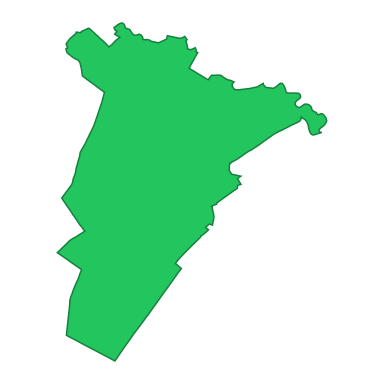 Uliesti, Dâmbovita, Romania (Robinson projection)
{"feature_id": "2599482B47598366841918", "entity_name": "Uliesti", "entity_type": "district", "adm_level": 2, "iso_a3": "ROU", "parent_name": "Romania", "parent_adm1": "Dâmbovita", "projection": "robinson", "projection_center": [25.414, 44.587], "detail": "fine", "context": "isolated", "style": "filled", "palette": "green", "viewbox_px": 384, "rotation_deg": 0, "n_neighbors": 0, "source": "geoboundaries", "source_scale": "gbopen_adm2", "svg_char_len": 5626}
<svg xmlns="http://www.w3.org/2000/svg" viewBox="0 0 384 384"><path d="M321.8,132.5L320.9,132.3L319.9,132.0L319.5,131.7L319.0,130.9L319.0,130.1L319.6,129.1L320.7,128.0L323.1,126.2L324.1,125.2L325.0,124.2L325.3,123.7L326.3,121.9L326.7,120.9L326.5,119.7L326.2,118.5L325.5,117.4L324.6,116.1L323.6,114.8L322.9,114.2L321.7,113.7L320.7,113.8L319.2,114.5L317.9,114.8L316.3,112.8L316.1,112.4L314.3,111.7L312.4,110.4L311.9,109.5L311.6,108.2L310.8,106.3L309.0,104.8L306.9,104.1L304.5,104.2L302.2,105.8L299.8,107.5L298.3,107.3L296.9,106.8L295.6,105.3L295.1,104.0L295.2,103.1L295.5,102.2L296.5,100.9L300.0,98.2L300.6,97.0L300.3,94.9L298.6,93.3L295.1,93.1L291.2,93.1L287.6,93.1L286.1,92.2L285.1,88.3L283.8,85.5L282.2,83.4L280.3,83.2L278.5,84.7L275.3,87.3L273.4,88.3L265.7,87.4L263.4,84.6L263.2,83.4L257.3,86.9L249.6,88.5L238.7,89.8L235.1,89.8L233.1,87.7L232.4,86.4L232.1,84.9L232.4,83.7L234.1,82.0L231.3,80.7L229.8,80.2L228.6,80.0L227.7,79.7L226.2,79.1L225.4,78.6L224.1,77.7L223.0,77.0L222.3,76.3L221.3,75.6L220.5,75.2L219.6,75.2L216.3,75.1L215.7,75.3L213.7,75.3L212.2,75.2L211.6,75.2L208.1,79.8L189.1,68.3L191.0,64.6L193.6,60.1L195.4,56.6L197.8,52.6L196.2,52.0L196.1,49.8L195.2,47.7L192.2,49.2L190.3,49.7L188.5,49.1L187.5,48.7L187.3,45.9L185.9,40.9L187.1,39.7L184.7,36.4L183.6,37.2L182.7,37.6L181.6,38.0L180.7,38.2L179.5,38.2L178.3,38.1L176.9,37.7L173.3,37.0L167.4,35.7L166.6,39.1L160.5,41.9L158.3,42.9L155.9,42.2L151.5,41.4L149.7,40.2L147.2,39.5L144.5,39.8L143.8,39.7L143.0,39.2L142.5,36.9L141.1,35.0L139.7,34.3L138.4,34.4L136.1,35.2L134.0,35.1L131.9,33.0L129.6,29.4L126.3,28.4L125.2,27.6L124.7,25.3L123.6,23.8L122.3,23.0L120.9,23.1L119.5,23.7L117.2,25.2L115.0,26.9L114.0,27.5L114.8,29.8L117.0,31.5L114.6,34.2L116.7,35.5L119.8,37.3L119.6,37.4L119.3,37.6L119.2,37.7L116.6,39.8L115.8,40.4L111.6,44.9L108.7,46.9L106.2,43.9L105.5,43.3L104.4,42.2L103.5,41.3L102.2,40.2L100.1,38.5L98.7,37.0L94.4,33.1L92.8,31.6L91.4,30.4L90.3,29.3L89.6,28.7L88.7,28.3L88.3,28.3L88.0,28.4L83.6,30.5L82.8,30.8L82.1,31.0L81.8,31.3L81.4,31.7L81.0,32.0L80.9,32.4L80.7,32.7L79.1,32.5L78.0,32.3L77.4,32.2L76.1,32.2L76.1,33.4L75.2,34.0L72.2,36.7L71.5,37.3L70.6,38.0L69.9,38.8L69.0,39.8L68.7,40.1L68.6,40.3L68.3,40.7L68.1,41.1L68.0,41.4L67.8,41.6L67.4,42.1L67.0,42.5L66.7,43.0L66.3,43.5L66.3,44.1L66.3,44.5L66.4,44.9L66.6,45.4L66.7,45.6L67.3,46.7L67.8,47.8L67.6,47.9L67.3,48.1L67.0,48.2L66.7,48.3L66.3,48.6L66.1,48.6L65.9,48.9L66.4,50.9L66.6,51.5L66.9,52.2L67.3,53.0L68.1,53.6L68.6,54.1L69.9,55.0L71.0,56.0L72.7,57.2L73.3,57.6L74.1,58.2L74.4,58.4L74.6,58.6L78.2,60.1L78.9,61.2L79.4,62.0L79.8,62.3L80.0,62.6L80.0,62.9L80.0,63.0L80.4,64.6L80.6,65.2L80.8,66.4L80.9,66.8L81.0,66.8L81.1,67.3L81.5,69.5L82.4,75.9L85.6,78.4L89.9,81.6L92.2,83.2L94.2,84.6L95.4,85.6L96.8,86.7L98.5,87.9L101.5,90.1L102.7,91.0L104.5,92.4L104.4,92.5L103.7,95.1L103.2,97.2L102.4,100.1L102.0,101.7L101.7,102.4L101.3,103.8L98.5,112.0L97.1,116.3L96.0,119.4L95.3,121.5L93.9,125.5L93.8,125.8L93.4,126.6L92.2,129.1L89.4,134.8L88.3,137.1L86.2,141.5L84.8,144.4L84.3,145.1L81.9,149.3L80.4,151.9L80.4,152.0L80.2,152.5L79.9,153.9L79.7,155.9L76.3,167.8L75.3,173.2L74.8,174.6L74.5,175.6L73.7,177.6L73.3,178.6L73.0,179.8L72.8,181.4L72.5,182.6L72.4,182.9L71.4,184.9L70.2,186.9L69.9,187.0L67.9,189.7L67.6,190.2L67.4,190.5L66.4,191.7L66.0,192.2L64.8,194.0L63.2,196.1L62.7,196.8L62.5,197.1L61.7,197.9L63.6,200.9L67.4,206.5L71.1,211.8L73.0,214.9L74.6,216.9L79.3,224.1L80.4,225.5L81.0,226.1L83.7,229.8L84.9,231.1L81.4,233.4L78.4,235.2L76.2,236.7L74.6,237.6L74.1,237.7L71.2,239.6L69.5,240.6L69.4,241.1L68.9,241.4L57.3,252.7L58.0,253.1L58.9,253.7L60.4,254.8L63.9,257.2L65.1,258.1L65.5,258.3L66.3,258.9L66.6,259.1L67.4,259.6L70.9,262.2L71.5,262.7L72.2,263.1L75.5,265.4L76.5,266.1L79.6,268.2L81.6,269.7L81.6,269.8L81.1,271.0L80.2,273.2L79.7,274.4L79.4,275.4L78.8,277.2L78.5,277.9L78.0,279.3L77.3,280.7L76.9,281.6L76.1,283.2L75.4,284.9L73.6,289.2L73.5,289.5L72.6,291.8L72.6,292.0L72.5,292.6L72.3,293.0L71.8,294.4L71.6,294.8L71.2,295.8L70.7,297.4L70.4,298.4L70.1,299.3L70.0,300.0L69.8,301.2L69.7,304.3L69.5,306.2L69.3,308.3L69.1,310.5L68.7,313.8L68.2,318.4L67.9,321.1L67.7,323.2L66.4,335.3L84.6,345.0L100.1,353.1L114.9,361.0L123.1,349.0L124.3,347.3L126.1,344.8L133.7,334.0L134.1,333.4L136.3,330.6L144.2,320.0L145.8,317.8L146.2,317.2L148.5,314.3L154.6,305.6L154.9,305.3L161.6,295.8L165.9,289.8L167.2,288.1L172.1,281.3L176.2,275.5L177.4,273.7L179.2,271.4L181.4,268.5L180.7,268.0L180.6,267.9L178.5,266.0L177.9,265.5L175.4,263.4L179.2,258.6L185.4,252.1L189.9,247.6L195.3,242.3L200.7,237.0L200.7,236.2L200.9,235.9L201.3,235.7L202.0,235.4L206.1,232.1L208.5,229.8L205.6,227.4L208.7,224.5L209.5,224.1L212.5,225.1L212.7,223.3L213.5,220.1L214.0,217.0L213.5,213.8L212.4,208.7L212.3,206.6L211.5,206.2L212.8,205.6L214.6,204.9L216.6,204.2L216.5,203.3L216.6,203.1L227.1,195.5L237.4,188.2L237.6,185.5L239.4,184.8L241.0,184.4L237.4,178.7L240.8,176.2L231.8,174.2L229.3,170.7L229.3,169.2L229.5,164.0L230.5,163.5L230.1,162.9L233.6,161.2L238.2,158.5L240.2,157.1L242.5,155.5L245.5,153.3L249.7,150.7L250.9,150.2L258.8,145.0L261.3,143.2L261.5,143.0L268.8,137.8L271.4,136.0L271.5,135.9L272.5,135.1L274.6,133.8L276.6,132.7L280.4,130.8L281.1,130.5L285.5,128.3L291.9,125.0L294.8,123.7L296.2,123.0L298.1,122.1L299.0,121.6L299.6,121.2L300.0,120.8L300.4,120.3L300.7,119.7L301.0,118.6L301.1,118.3L301.3,117.6L301.3,117.2L301.4,117.3L302.1,117.9L302.6,118.2L303.1,118.4L303.9,118.9L305.0,119.7L305.6,120.3L306.5,121.3L307.4,123.2L307.7,123.9L308.2,125.2L308.4,126.2L308.5,126.7L308.7,128.2L309.0,129.4L309.6,131.3L310.4,133.0L311.0,133.9L311.7,134.5L312.8,134.9L313.6,135.0L319.0,133.3L321.8,132.5Z" fill="#22c55e" stroke="#15803d" stroke-width="1.5"/></svg>